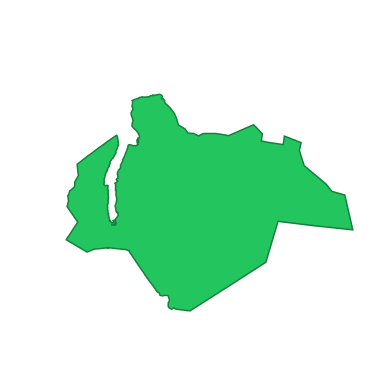 the district of Omasvuotna sme 2, Troms, Norway, rotated 332°
{"feature_id": "86288312B64496782861055", "entity_name": "Omasvuotna sme 2", "entity_type": "district", "adm_level": 2, "iso_a3": "NOR", "parent_name": "Norway", "parent_adm1": "Troms", "projection": "mercator", "projection_center": [20.196, 69.248], "detail": "fine", "context": "isolated", "style": "filled", "palette": "green", "viewbox_px": 384, "rotation_deg": 332, "n_neighbors": 0, "source": "geoboundaries", "source_scale": "gbopen_adm2", "svg_char_len": 6004}
<svg xmlns="http://www.w3.org/2000/svg" viewBox="0 0 384 384"><g transform="rotate(332 192 192)"><path d="M58.5,175.1L68.8,192.0L69.6,193.3L69.9,193.6L70.1,194.0L71.0,195.4L71.3,195.8L79.2,196.6L84.8,199.1L85.5,199.3L91.3,201.6L91.2,201.8L91.3,201.8L91.1,202.0L91.7,202.3L91.8,201.9L93.9,203.2L106.9,212.1L108.6,214.3L109.0,214.3L108.8,215.0L108.8,217.1L109.1,219.0L109.2,220.8L109.6,224.4L109.8,225.9L109.8,227.2L110.2,229.5L110.2,231.1L111.4,240.4L111.5,242.2L111.6,243.5L111.9,245.5L111.9,246.5L112.3,248.3L112.3,249.3L112.5,250.1L112.6,251.2L112.8,251.8L112.9,252.5L113.1,253.9L113.2,254.5L113.5,256.3L113.6,257.2L113.7,257.8L113.7,258.4L114.0,260.1L114.0,261.5L114.2,262.4L114.3,263.2L114.8,264.5L115.4,265.4L115.7,265.8L115.3,267.5L115.3,268.3L116.2,269.0L117.4,270.0L118.7,270.3L119.8,270.7L121.1,271.4L121.8,272.0L122.0,272.3L122.1,272.7L121.5,276.3L121.2,277.3L118.9,278.8L118.1,280.4L117.5,281.4L117.3,281.9L117.3,282.5L117.3,282.9L117.5,283.8L118.0,284.4L118.3,285.0L119.0,285.9L120.4,285.9L121.1,285.7L121.6,285.9L122.6,287.7L131.8,294.3L134.6,296.0L178.8,292.5L224.2,288.7L254.2,258.3L284.1,279.2L316.2,300.9L325.5,266.4L315.8,257.1L314.2,248.2L303.4,221.4L306.3,205.8L311.5,199.6L309.9,197.9L307.3,194.6L304.5,191.5L303.0,189.6L299.7,186.0L298.7,187.6L297.1,189.8L295.6,191.8L294.7,192.9L282.8,184.1L278.7,180.7L277.1,179.7L281.4,173.6L278.9,164.5L277.9,161.5L250.8,159.4L243.2,153.5L240.3,151.4L229.1,145.5L224.1,145.6L221.0,141.1L216.3,138.3L215.8,135.4L215.3,132.7L213.9,130.3L211.5,126.6L212.8,119.9L213.0,118.6L213.3,114.6L212.8,111.2L212.0,106.5L211.7,106.0L211.5,105.1L211.1,104.1L211.0,103.5L210.7,102.9L210.0,100.8L210.1,100.0L210.1,99.5L210.2,99.2L210.6,98.9L210.8,98.3L210.6,97.7L210.4,96.9L210.3,96.1L210.3,95.9L209.9,95.7L209.0,95.5L209.0,95.4L209.0,95.0L209.2,94.8L209.8,94.7L210.3,94.1L210.8,93.7L210.8,93.4L210.8,93.1L210.4,92.2L209.9,91.1L209.4,90.6L207.2,89.8L205.7,89.6L204.9,89.0L203.2,88.8L203.2,88.7L203.3,88.2L203.2,88.0L202.8,88.2L201.6,88.0L200.5,87.5L199.3,87.7L198.4,87.6L196.9,86.9L194.5,85.9L193.0,84.8L192.4,84.6L192.2,84.4L191.6,84.5L190.4,84.1L190.1,83.9L189.8,83.8L188.7,84.2L187.3,83.8L186.9,83.6L185.6,83.6L185.1,83.4L184.0,83.4L183.0,83.1L182.5,83.3L182.1,83.2L182.1,84.0L180.8,86.2L179.1,88.3L179.1,90.1L178.6,91.5L177.9,91.7L175.6,93.3L174.9,94.3L174.4,95.8L174.2,97.2L174.3,98.3L174.1,98.7L173.7,99.9L173.5,100.5L173.8,101.2L171.8,102.9L170.8,104.2L170.1,105.2L170.0,106.4L170.4,108.1L170.7,109.5L171.1,110.1L171.8,112.3L172.2,115.7L171.9,115.8L172.0,117.4L171.7,118.5L170.5,119.2L169.7,120.2L169.7,119.4L169.2,119.1L168.5,120.0L167.6,120.4L167.2,121.8L167.8,122.3L168.4,121.8L168.7,122.2L168.2,122.7L167.9,123.2L166.7,123.0L167.0,124.1L166.6,124.7L165.9,124.6L164.4,124.8L163.2,124.1L162.3,123.9L159.9,121.6L158.8,120.7L157.6,120.8L156.3,122.3L156.1,122.7L155.6,123.0L154.2,124.4L149.4,128.5L145.8,131.1L145.7,131.9L141.5,134.8L141.1,135.3L140.9,135.9L140.5,136.5L140.1,137.3L137.6,138.1L136.5,139.0L135.5,139.6L135.2,140.2L134.7,140.8L134.4,141.3L134.4,141.7L134.5,142.0L133.6,143.9L133.5,144.5L133.4,144.9L133.0,145.0L132.3,144.8L131.5,145.2L130.9,145.6L131.1,146.8L131.4,147.4L131.3,147.7L130.1,148.0L129.7,147.9L129.2,148.1L128.1,148.1L127.9,148.2L128.2,149.0L128.0,149.4L128.0,149.9L127.3,150.6L127.3,151.3L127.0,151.7L126.9,152.1L126.4,152.5L126.2,152.8L126.0,153.0L126.1,154.0L125.4,154.3L125.0,154.9L125.3,155.4L125.4,155.7L125.4,156.0L124.8,156.6L124.2,157.5L123.2,159.4L123.2,160.3L122.7,161.3L122.6,162.0L122.2,163.0L121.9,163.4L121.6,163.9L121.3,164.2L120.9,165.2L120.4,165.2L120.2,165.4L120.0,166.2L119.8,166.5L118.1,167.5L117.4,168.5L117.2,169.4L116.8,170.9L116.5,171.5L116.5,172.0L116.4,172.3L116.1,172.7L116.1,173.4L115.8,173.8L115.9,174.2L116.2,174.5L115.8,174.4L115.8,174.5L116.3,174.9L116.3,175.3L116.3,177.1L116.1,177.6L116.1,177.9L113.6,179.3L111.5,180.0L111.0,180.3L111.0,180.5L110.2,180.5L108.8,180.0L108.7,180.2L108.7,180.5L109.3,181.1L110.1,181.1L110.9,181.7L110.9,182.0L110.3,182.6L110.6,183.1L110.5,183.7L110.2,184.4L109.5,184.8L109.3,185.1L109.0,185.1L108.2,184.8L107.5,184.6L106.7,183.9L105.7,183.5L105.8,183.2L106.2,183.2L107.3,183.6L108.1,184.4L109.5,184.5L110.0,184.2L110.2,183.8L110.2,183.5L110.2,183.2L109.3,182.8L109.1,182.2L107.7,181.9L106.6,181.4L106.5,180.7L106.2,180.3L106.3,179.9L106.5,179.5L106.5,179.1L106.1,179.2L105.7,179.1L105.8,178.4L106.1,177.9L106.4,177.1L106.5,176.3L106.8,175.6L107.0,174.8L107.3,174.1L107.3,173.4L107.6,173.0L107.6,172.6L107.7,172.2L108.3,171.6L108.1,171.1L108.2,170.3L108.6,169.6L109.0,169.2L109.1,168.5L109.2,167.9L109.6,167.1L110.4,166.0L110.5,165.4L111.3,163.9L111.5,163.5L112.0,163.3L113.0,162.0L113.1,161.6L113.8,160.6L114.5,159.2L115.0,158.6L115.1,158.1L115.5,158.0L115.5,157.6L115.7,157.4L115.9,157.3L116.0,156.8L116.5,155.7L116.9,154.4L117.2,153.9L117.6,153.6L117.8,153.0L117.9,152.3L118.2,151.8L118.7,151.6L118.9,151.1L118.8,150.5L118.8,150.0L119.0,149.6L119.0,149.2L119.3,149.1L119.7,149.0L119.8,148.8L119.9,148.2L120.2,147.6L120.7,147.4L120.8,147.3L120.5,146.6L120.0,146.1L118.6,145.8L118.2,145.4L118.0,145.1L117.8,144.0L118.0,143.4L118.5,143.0L118.6,142.7L118.9,142.6L119.4,141.5L120.2,140.0L120.4,139.4L120.9,139.1L121.3,138.6L122.7,137.2L124.1,135.5L125.6,134.3L126.3,134.1L126.6,133.5L127.3,133.4L127.8,132.7L128.5,132.2L128.7,131.6L129.1,131.2L130.8,130.7L131.1,130.3L131.4,129.9L131.5,129.1L131.8,128.9L132.6,128.7L133.5,128.0L133.6,127.9L133.6,127.0L133.9,126.8L134.3,126.5L134.9,126.4L136.8,125.3L137.8,125.0L138.4,124.9L139.1,124.3L139.6,124.1L140.9,123.1L142.1,122.6L142.7,121.9L143.4,121.6L144.0,120.1L145.9,118.9L148.2,116.6L148.6,116.3L149.2,116.1L150.0,113.9L150.6,112.9L150.7,111.8L152.0,108.7L152.2,106.7L151.9,106.5L151.6,106.5L141.3,107.7L136.2,108.5L129.8,109.3L122.8,110.5L117.1,111.2L104.2,113.5L103.7,113.5L101.4,118.8L100.0,122.4L99.8,123.8L93.0,128.3L90.9,132.0L90.4,132.5L88.1,132.8L87.1,133.2L84.5,133.6L82.0,136.3L80.8,136.7L80.6,137.0L78.8,141.9L74.8,146.2L77.0,164.9L58.5,175.1Z" fill="#22c55e" stroke="#15803d" stroke-width="1.5"/></g></svg>